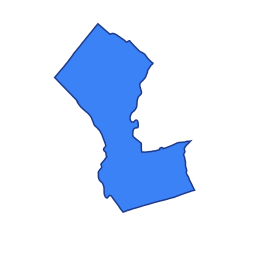 outline of Kebemer, Louga, Senegal, rotated 221°
{"feature_id": "50182788B60047071387499", "entity_name": "Kebemer", "entity_type": "district", "adm_level": 2, "iso_a3": "SEN", "parent_name": "Senegal", "parent_adm1": "Louga", "projection": "albers", "projection_center": [-16.284, 15.311], "detail": "fine", "context": "isolated", "style": "filled", "palette": "blue", "viewbox_px": 256, "rotation_deg": 221, "n_neighbors": 0, "source": "geoboundaries", "source_scale": "gbopen_adm2", "svg_char_len": 5105}
<svg xmlns="http://www.w3.org/2000/svg" viewBox="0 0 256 256"><g transform="rotate(221 128 128)"><path d="M166.6,194.3L166.7,194.2L168.2,193.8L170.0,193.5L171.1,193.6L176.6,194.0L179.3,194.3L181.4,194.5L182.9,194.6L183.8,194.6L184.0,194.9L184.3,194.7L184.4,194.4L184.6,194.1L184.8,193.7L184.9,193.4L185.0,193.0L185.1,192.7L185.2,192.4L185.3,192.2L185.6,191.9L185.9,191.7L186.2,191.7L187.0,191.8L187.7,191.8L188.2,191.8L188.7,191.8L189.3,191.7L190.3,191.6L191.3,191.5L192.1,191.4L193.1,191.3L193.9,191.2L195.1,191.1L195.7,191.0L196.7,190.9L197.3,190.9L197.7,190.8L198.2,190.7L198.8,190.6L199.3,190.4L199.9,190.2L200.4,190.0L200.9,189.8L201.3,189.6L201.6,189.3L201.9,189.0L202.2,188.6L202.4,188.2L202.8,187.7L203.2,187.1L203.2,186.9L205.9,186.9L208.6,186.9L211.4,186.9L214.1,186.9L216.9,186.9L219.1,186.9L219.0,185.1L219.0,183.2L218.9,181.3L218.8,178.6L218.7,175.7L218.6,172.3L218.5,168.8L218.3,165.3L218.3,164.0L218.3,162.1L218.0,158.8L218.0,156.6L217.9,154.1L217.9,153.9L217.8,150.7L217.8,149.0L217.4,145.9L217.2,142.9L217.1,141.0L217.1,140.6L217.0,140.3L217.0,140.2L216.8,137.6L216.8,135.5L216.7,133.4L216.6,132.7L216.6,131.2L216.6,130.7L216.6,129.1L216.6,125.4L216.6,125.0L216.5,122.7L216.5,120.3L216.5,118.0L213.8,117.8L211.0,117.5L208.3,117.3L205.6,117.0L202.8,116.8L200.1,116.6L197.4,116.3L194.6,116.1L191.9,115.9L189.1,115.6L188.9,115.6L188.6,115.6L183.7,115.1L183.7,114.5L182.2,114.0L180.4,113.5L177.3,112.9L176.4,112.9L174.7,112.8L171.9,112.8L170.9,112.8L170.0,112.8L169.6,112.9L168.6,112.9L166.8,112.7L165.3,112.6L163.7,112.2L162.6,111.8L160.3,110.7L157.9,109.5L156.2,108.5L154.8,108.0L153.0,107.9L152.0,108.0L150.1,107.7L148.5,107.6L146.7,107.1L145.5,106.7L142.8,105.6L139.2,103.6L137.8,102.9L136.7,102.3L135.1,101.4L133.9,100.6L132.9,99.7L132.8,98.9L132.9,97.5L132.8,96.5L132.2,95.6L131.4,95.2L131.1,95.2L130.0,95.1L129.0,95.1L128.3,94.5L127.1,93.7L126.2,92.7L125.4,92.4L125.3,92.5L125.0,92.2L125.1,90.1L124.8,89.3L124.8,86.4L124.8,83.5L124.5,82.7L124.0,82.5L122.5,81.5L122.2,81.2L121.9,80.4L121.9,77.6L121.6,75.9L121.6,75.7L121.1,74.7L120.8,74.5L119.8,73.4L118.7,72.1L117.3,70.9L115.9,70.2L114.9,69.8L113.9,69.8L112.3,69.7L111.6,69.7L111.3,69.7L110.7,69.5L110.4,69.4L109.2,68.7L108.3,68.1L107.4,67.7L106.5,66.7L105.8,66.0L104.0,64.0L102.4,62.4L100.9,61.6L99.7,61.1L98.9,61.1L98.2,61.2L97.8,61.6L97.7,62.3L97.8,63.4L97.8,64.1L97.6,65.1L97.0,65.5L96.5,65.6L95.7,65.7L94.5,65.4L92.6,64.9L90.8,64.5L88.9,64.1L85.4,63.4L81.2,62.2L76.6,61.3L76.4,61.5L75.8,62.5L75.1,63.7L74.4,65.3L73.5,66.6L72.5,68.1L71.9,69.4L71.5,70.0L70.9,70.9L69.8,72.6L68.8,74.1L67.8,75.8L67.2,76.6L66.6,77.6L66.1,78.6L65.3,79.7L64.6,80.8L64.1,81.7L63.1,83.0L62.3,84.2L61.4,85.7L60.4,87.3L58.5,90.2L57.4,91.8L56.2,93.5L55.4,94.7L54.4,96.1L52.7,98.5L51.9,99.7L51.8,99.9L51.1,101.0L50.3,102.3L49.6,103.3L48.8,104.5L47.9,105.7L47.2,107.0L46.5,108.4L45.8,109.6L44.8,111.5L44.0,113.0L42.7,115.3L41.8,116.8L41.0,118.2L39.9,120.0L39.1,121.6L38.0,123.2L36.9,124.7L39.9,125.9L42.8,127.2L45.8,128.4L48.8,129.7L49.4,130.3L51.5,131.1L53.9,131.8L54.9,132.8L55.4,134.0L56.3,134.9L57.2,135.5L58.4,136.2L59.3,136.7L62.5,140.2L62.9,140.5L63.9,141.2L65.6,142.6L67.6,143.8L68.6,144.2L69.3,146.8L69.5,147.4L70.1,147.9L71.3,148.6L71.5,148.8L72.2,150.0L72.6,151.8L72.6,153.5L72.5,154.9L72.2,159.2L72.2,159.3L73.1,158.1L74.8,156.6L75.3,155.6L76.0,154.5L76.9,153.6L78.0,152.5L79.1,151.5L80.3,150.1L81.1,148.8L81.9,147.1L82.8,145.0L84.1,142.2L85.3,140.0L86.4,137.9L87.4,136.3L87.8,135.5L88.7,135.8L89.8,135.4L90.3,134.6L90.5,134.3L90.6,133.8L90.5,132.9L89.9,132.4L90.5,131.5L90.9,130.9L91.6,129.8L92.2,129.0L92.6,128.4L93.4,127.6L94.1,126.9L94.7,125.9L95.7,124.9L96.6,123.9L99.0,121.2L99.8,120.6L100.5,120.1L100.8,119.8L101.3,119.2L101.5,119.0L101.7,118.9L102.4,119.3L102.5,119.4L102.7,119.6L103.2,120.1L104.3,121.1L105.2,122.0L105.8,122.8L107.0,124.2L108.1,125.2L110.2,125.1L111.7,125.1L115.5,124.9L118.4,124.9L119.9,125.9L120.6,126.8L121.4,127.8L122.4,129.3L122.8,130.2L123.0,131.3L122.6,132.6L121.9,133.6L121.1,134.2L121.0,135.5L121.6,136.3L122.2,136.9L123.1,137.9L123.9,138.6L124.7,139.1L125.2,139.5L126.2,139.6L126.9,139.5L127.3,139.1L127.5,138.4L127.7,136.6L128.2,135.5L128.9,135.1L130.0,135.0L130.5,135.2L131.0,135.3L132.6,136.4L133.4,137.4L134.0,138.4L134.6,139.9L134.8,140.8L135.1,141.9L135.0,142.8L134.8,144.1L134.7,144.8L134.6,146.0L134.8,147.1L134.9,148.1L135.1,148.9L135.6,150.0L136.2,150.9L136.9,151.8L137.8,153.0L138.4,153.6L138.9,154.5L139.2,155.1L139.3,155.2L139.5,155.5L139.9,156.7L140.3,157.1L140.6,157.8L140.6,159.0L140.6,159.5L140.5,160.7L140.4,161.8L140.5,162.5L140.7,163.0L140.8,163.1L141.3,163.9L141.7,164.2L142.1,164.5L143.1,165.1L144.9,166.3L145.6,166.7L146.7,167.6L147.6,168.5L148.1,169.2L148.3,170.5L148.1,173.0L148.0,173.7L148.0,174.6L148.0,176.4L148.2,177.8L148.6,179.3L149.4,181.1L149.6,182.3L150.0,182.9L150.5,183.6L150.8,184.3L151.1,185.1L151.2,186.0L151.2,186.6L151.6,189.3L151.8,190.4L151.8,190.9L151.6,191.4L151.5,192.6L151.7,193.3L152.7,193.2L154.3,193.2L155.2,193.2L158.7,193.5L160.6,193.9L161.0,194.0L162.7,194.4L163.7,194.6L165.4,194.5L166.6,194.3Z" fill="#3b82f6" stroke="#1e3a8a" stroke-width="1.5"/></g></svg>